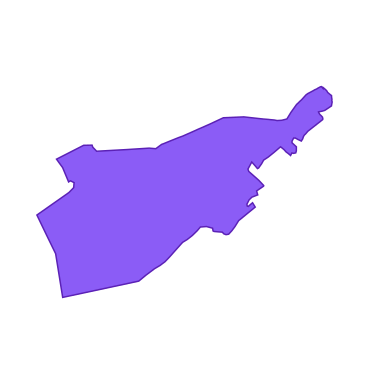 Al-Salhiyya, Ash Sharqiyah, Egypt (Natural Earth projection), rotated 168°
{"feature_id": "37247803B28046922888397", "entity_name": "Al-Salhiyya", "entity_type": "district", "adm_level": 2, "iso_a3": "EGY", "parent_name": "Egypt", "parent_adm1": "Ash Sharqiyah", "projection": "natural_earth1", "projection_center": [31.874, 30.638], "detail": "fine", "context": "isolated", "style": "filled", "palette": "violet", "viewbox_px": 384, "rotation_deg": 168, "n_neighbors": 0, "source": "geoboundaries", "source_scale": "gbopen_adm2", "svg_char_len": 2127}
<svg xmlns="http://www.w3.org/2000/svg" viewBox="0 0 384 384"><g transform="rotate(168 192 192)"><path d="M71.5,255.9L78.7,249.3L84.0,243.7L89.3,243.5L93.9,244.2L96.5,245.3L96.8,245.4L101.0,246.7L101.8,247.0L107.2,248.6L125.7,254.7L145.9,258.1L161.0,254.6L173.6,252.0L175.3,251.6L189.5,248.6L193.9,248.0L203.6,246.3L209.6,245.2L211.8,244.9L218.4,241.9L223.1,243.3L224.7,243.8L247.2,247.1L276.8,251.7L279.7,256.4L279.9,257.6L279.9,258.0L280.0,258.1L280.0,258.6L288.3,260.2L317.7,252.3L315.6,247.5L314.7,245.5L313.7,243.3L313.6,243.1L313.5,242.9L310.6,227.5L310.1,227.7L308.6,228.2L307.8,227.6L307.4,227.3L305.6,225.8L305.4,225.7L306.8,220.9L312.3,217.2L315.0,216.0L346.0,202.8L348.5,201.7L343.1,179.6L339.0,163.2L338.2,160.0L340.4,115.8L262.6,115.9L254.6,120.1L244.5,124.8L238.5,126.8L236.8,127.6L236.4,127.8L232.9,129.4L227.2,133.3L217.3,140.6L211.7,144.7L206.6,146.5L200.7,149.4L195.0,153.0L191.1,156.0L185.0,155.2L179.4,152.3L179.5,149.5L178.6,148.8L175.4,147.8L170.7,146.4L169.6,144.5L167.6,143.2L164.9,143.1L161.1,145.8L157.2,149.2L152.3,154.3L133.3,164.1L135.0,168.9L137.3,167.7L140.0,166.2L140.9,166.8L140.8,168.7L137.8,172.4L134.5,174.5L128.3,175.5L128.6,179.6L121.3,182.6L120.8,182.8L120.5,183.4L124.2,189.5L132.2,200.3L132.5,202.8L127.3,208.9L124.8,204.5L123.1,201.3L122.3,201.5L121.9,201.6L118.0,205.2L115.3,208.3L110.2,210.3L103.7,213.6L96.0,217.8L95.4,217.1L93.4,214.6L93.1,214.2L91.7,211.7L90.0,209.8L88.5,207.9L88.0,207.2L86.2,209.4L84.7,208.7L82.4,208.7L81.4,210.5L80.5,214.5L83.9,219.3L83.6,220.9L81.4,223.6L79.7,223.3L77.4,221.3L74.5,219.1L72.7,220.9L71.5,223.0L70.3,224.3L68.8,225.2L66.1,227.3L49.2,235.6L48.8,236.2L48.8,238.1L49.9,240.0L50.8,241.2L51.6,243.4L51.6,244.1L48.1,244.0L45.2,244.2L40.9,245.9L37.7,247.2L37.1,248.7L36.2,250.9L36.2,252.7L36.0,253.1L35.8,253.7L35.8,254.9L35.5,257.4L35.8,257.7L36.6,258.6L36.9,259.0L38.6,261.2L39.2,263.1L40.3,264.7L41.5,266.3L42.0,266.9L42.3,266.0L43.5,268.2L44.6,268.2L45.5,267.9L47.3,267.4L48.8,266.8L50.6,266.5L52.3,265.9L55.8,264.9L58.3,264.2L60.3,263.3L65.7,259.4L67.8,258.2L69.6,257.0L71.5,255.9Z" fill="#8b5cf6" stroke="#5b21b6" stroke-width="1.5"/></g></svg>